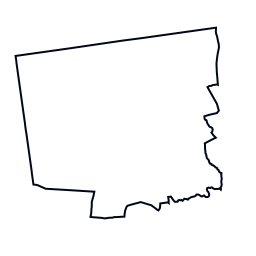 Wundanyi, Coast, Kenya, rotated 352°
{"feature_id": "3690345B46260760479849", "entity_name": "Wundanyi", "entity_type": "district", "adm_level": 2, "iso_a3": "KEN", "parent_name": "Kenya", "parent_adm1": "Coast", "projection": "albers", "projection_center": [38.338, -3.299], "detail": "fine", "context": "isolated", "style": "outline", "palette": "ink", "viewbox_px": 256, "rotation_deg": 352, "n_neighbors": 0, "source": "geoboundaries", "source_scale": "gbopen_adm2", "svg_char_len": 5369}
<svg xmlns="http://www.w3.org/2000/svg" viewBox="0 0 256 256"><g transform="rotate(352 128 128)"><path d="M213.6,149.8L211.5,147.0L210.0,144.1L210.6,143.6L211.0,143.1L211.2,142.6L211.5,141.9L211.6,141.1L211.6,140.5L211.4,139.8L211.1,139.4L210.6,139.0L209.9,138.7L209.2,138.3L208.8,137.8L208.5,137.2L208.3,136.6L208.0,136.1L207.7,135.5L207.4,134.9L207.2,134.4L207.1,133.8L207.0,133.1L206.9,132.5L206.9,132.0L206.8,131.3L206.3,131.0L205.8,130.8L205.4,130.2L205.2,129.5L205.1,128.7L205.2,127.9L205.3,127.0L211.7,126.1L218.1,125.6L219.3,124.5L220.4,123.4L219.9,119.9L219.4,116.4L215.9,107.5L212.4,98.6L213.1,98.3L213.9,97.9L214.5,97.8L215.1,97.8L215.6,97.8L216.5,97.8L217.2,97.6L217.7,97.3L218.3,97.2L218.9,97.3L219.7,97.3L220.5,97.3L221.1,97.3L221.6,97.3L222.4,97.3L223.0,97.7L223.4,91.7L223.7,85.6L223.8,83.9L224.0,82.2L224.2,80.5L224.3,78.8L224.5,77.6L224.6,76.4L224.8,75.6L225.0,74.7L225.3,73.6L225.6,72.4L225.9,71.3L226.2,70.3L226.5,69.0L226.9,67.8L227.4,66.2L228.0,64.6L228.4,63.3L228.9,62.1L229.1,61.5L229.3,60.8L229.4,59.8L229.4,58.8L229.5,57.7L229.5,56.7L229.4,56.1L229.3,55.5L229.2,54.6L229.2,53.8L229.2,53.2L229.1,52.6L229.1,51.6L229.0,50.5L228.9,49.8L228.8,49.2L228.8,48.5L228.6,47.9L228.4,47.3L228.4,46.6L228.4,45.8L228.4,45.2L228.4,44.4L228.6,43.6L228.8,42.9L228.9,42.3L229.0,41.6L229.1,40.9L209.5,40.9L190.0,40.9L182.2,40.9L174.5,40.9L154.4,40.9L134.4,40.7L80.5,41.0L26.7,41.0L26.7,42.8L26.7,44.6L26.7,46.3L26.6,48.1L26.6,54.8L26.6,61.5L26.6,67.4L26.6,73.4L26.6,75.0L26.6,76.6L26.6,82.7L26.6,88.7L26.6,93.7L26.6,98.6L26.6,101.5L26.6,104.3L26.6,107.1L26.6,109.9L26.5,112.6L26.5,115.3L26.6,118.0L26.6,120.8L26.6,123.6L26.6,126.4L26.6,127.6L26.6,128.8L26.6,130.4L26.6,132.0L26.6,134.7L26.6,137.4L26.6,140.1L26.6,142.9L26.6,145.3L26.6,147.6L26.6,148.4L26.6,149.2L26.6,151.1L26.6,153.0L26.6,155.2L26.6,157.5L26.5,158.9L26.5,160.3L26.5,161.0L26.5,162.6L26.5,164.0L26.5,167.4L26.5,170.8L28.2,171.3L30.0,171.7L34.0,174.2L38.0,176.7L61.9,181.5L85.8,186.4L85.6,186.9L85.4,187.5L85.2,188.0L85.0,188.5L84.8,189.3L84.5,190.1L84.2,190.8L84.0,191.3L83.7,191.9L83.5,192.4L83.3,192.9L83.0,193.4L82.4,194.9L81.8,196.4L81.7,197.1L81.6,198.1L81.4,199.1L81.3,199.9L81.2,200.6L81.0,201.4L80.8,202.1L80.6,202.6L80.5,203.2L80.4,203.9L80.2,204.8L80.1,205.3L80.0,205.8L79.9,206.4L79.7,207.1L79.5,207.9L79.2,208.7L78.8,210.0L78.5,210.9L81.4,211.6L84.3,212.2L85.5,212.5L86.7,212.7L87.4,212.9L88.3,213.1L89.0,213.2L89.7,213.4L90.2,213.6L91.1,213.9L92.1,214.2L92.7,214.3L93.3,214.3L94.1,214.3L95.0,214.3L95.5,214.2L96.1,214.3L97.2,214.3L98.0,214.4L98.6,214.5L99.2,214.5L99.8,214.6L100.4,214.6L101.0,214.5L101.8,214.3L102.6,214.4L103.3,214.5L103.9,214.6L105.1,214.7L106.3,214.8L109.2,215.0L112.1,215.3L112.7,212.7L113.5,209.9L113.8,209.2L114.3,208.3L114.7,207.5L115.1,206.8L115.4,206.2L115.7,205.8L116.3,205.3L116.8,204.9L121.7,204.2L126.6,203.6L128.4,203.4L130.2,203.1L135.4,205.5L140.4,207.8L142.4,209.8L144.3,211.7L145.3,212.8L146.5,213.8L147.0,213.5L147.6,212.9L148.1,212.3L148.4,211.7L148.6,211.1L149.1,209.0L149.5,207.2L150.9,207.2L152.2,207.2L153.2,207.2L154.2,207.2L155.5,207.2L157.0,207.2L157.4,207.5L157.9,208.0L158.2,204.9L158.2,201.9L159.5,201.9L160.9,201.9L161.5,203.1L162.3,204.6L162.6,205.3L162.9,205.7L163.2,206.2L163.5,206.8L163.8,207.3L164.4,207.7L165.3,207.7L166.2,207.9L166.9,207.8L167.2,207.3L167.7,206.7L168.2,206.5L168.9,206.5L169.5,206.9L170.2,206.9L170.7,206.6L171.2,207.0L171.9,207.6L172.4,207.4L172.8,206.9L173.4,206.4L173.9,205.9L174.5,206.0L175.1,206.3L175.8,206.4L176.3,206.6L176.8,207.1L177.5,207.2L177.8,206.6L178.4,206.3L179.0,206.1L179.7,205.9L180.3,205.5L180.8,205.3L181.3,205.2L182.2,205.1L183.0,205.1L183.7,205.1L184.3,205.0L184.8,204.9L185.5,204.5L186.0,204.1L186.4,203.6L187.0,203.4L187.9,203.7L188.8,203.9L189.4,204.5L190.1,205.0L190.7,205.6L191.3,206.0L192.2,206.0L192.7,205.8L193.3,205.5L193.9,205.4L194.2,205.8L194.5,206.2L195.0,206.8L195.6,207.2L196.3,207.3L197.2,207.5L198.0,207.1L198.6,206.7L198.9,206.1L199.1,205.4L199.2,204.6L199.0,203.9L198.8,203.3L198.6,202.4L198.0,201.7L197.7,201.2L197.6,200.5L197.6,199.9L197.7,199.4L197.9,198.7L198.6,198.5L199.2,198.3L199.9,198.3L200.5,198.7L201.2,198.8L202.0,198.5L202.8,198.5L203.3,199.0L203.7,199.5L204.3,199.8L204.8,200.2L205.4,200.6L206.3,200.6L207.0,200.6L207.5,200.7L208.0,200.8L208.6,200.9L209.3,200.8L210.2,200.6L210.7,201.0L211.0,201.6L211.3,202.0L211.6,201.3L211.4,200.4L211.4,199.9L211.9,199.3L212.4,198.6L212.5,198.2L212.8,197.4L213.0,196.7L212.9,196.0L212.9,195.4L212.9,194.7L212.9,193.9L213.2,193.0L213.5,192.2L213.7,191.5L213.8,190.9L213.7,190.1L213.7,189.6L213.8,188.8L213.9,188.0L213.8,187.4L213.8,186.9L214.1,186.4L214.3,185.7L213.7,185.4L213.2,185.1L212.7,184.5L212.1,183.8L212.0,183.1L211.9,182.4L211.3,181.8L210.8,181.4L210.7,180.8L210.8,180.2L210.2,179.7L209.7,179.4L209.2,179.2L208.9,178.8L208.6,178.2L208.0,177.6L207.4,177.2L207.1,176.7L206.5,176.6L205.9,176.2L205.5,175.8L205.6,175.2L205.1,174.8L204.3,174.7L204.0,174.1L203.8,173.3L203.6,172.8L203.5,172.3L203.6,171.7L203.5,171.1L203.0,170.4L202.6,169.8L202.3,169.2L201.9,168.7L201.9,168.2L201.8,167.5L201.7,166.8L201.8,166.2L201.7,165.7L201.7,165.0L201.4,164.3L201.2,163.6L201.3,162.9L201.4,162.2L201.3,161.5L201.4,161.0L201.4,160.4L201.5,159.7L201.4,159.0L201.5,158.2L201.7,157.3L201.8,156.6L201.8,156.0L201.9,155.3L201.9,154.5L201.9,153.9L207.6,151.8L213.6,149.8Z" fill="none" stroke="#020617" stroke-width="2"/></g></svg>